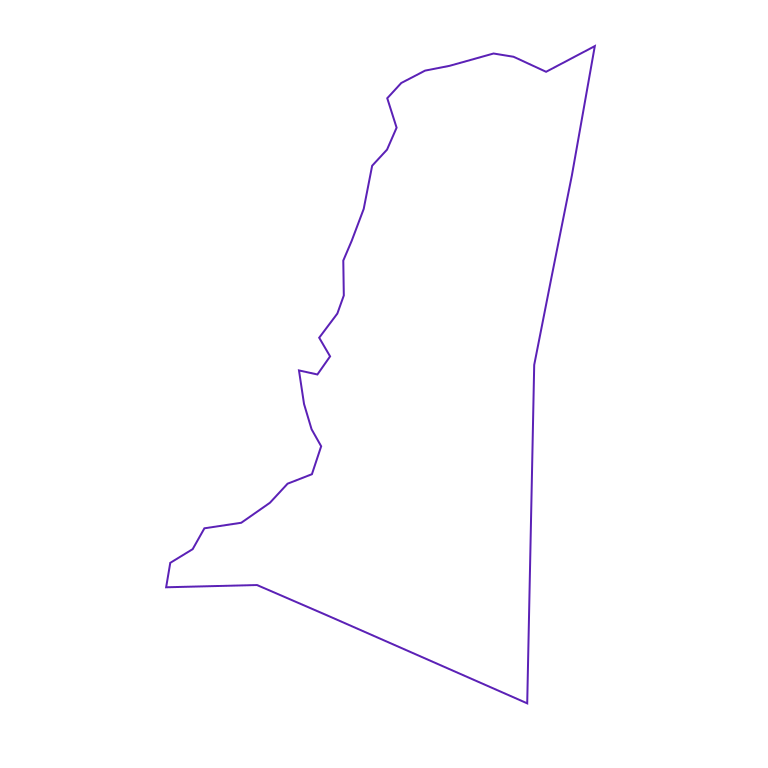 Passa e Fica, Paraíba, Brazil (Natural Earth projection), rotated 87°
{"feature_id": "56859067B33665555253781", "entity_name": "Passa e Fica", "entity_type": "district", "adm_level": 2, "iso_a3": "BRA", "parent_name": "Brazil", "parent_adm1": "Paraíba", "projection": "natural_earth1", "projection_center": [-35.625, -6.449], "detail": "fine", "context": "isolated", "style": "outline", "palette": "violet", "viewbox_px": 768, "rotation_deg": 87, "n_neighbors": 0, "source": "geoboundaries", "source_scale": "gbopen_adm2", "svg_char_len": 636}
<svg xmlns="http://www.w3.org/2000/svg" viewBox="0 0 768 768"><g transform="rotate(87 384 384)"><path d="M57.6,155.8L80.7,205.8L64.0,237.5L59.7,257.3L69.7,301.9L73.2,326.6L84.3,351.0L98.8,365.8L128.7,358.0L150.1,368.7L165.4,384.4L208.1,395.1L239.4,408.8L258.6,418.2L293.5,419.5L311.2,426.9L334.4,446.3L353.6,436.4L371.0,450.0L366.0,468.2L399.8,464.9L425.4,458.7L442.9,450.0L470.3,460.7L478.5,485.5L496.6,504.1L515.1,533.8L518.7,570.9L538.9,583.7L551.4,606.8L575.6,612.2L578.1,521.4L612.9,451.3L710.4,257.7L553.5,246.2L474.2,240.4L372.8,233.0L286.0,211.1L185.7,185.5L57.6,155.8Z" fill="none" stroke="#5b21b6" stroke-width="2"/></g></svg>